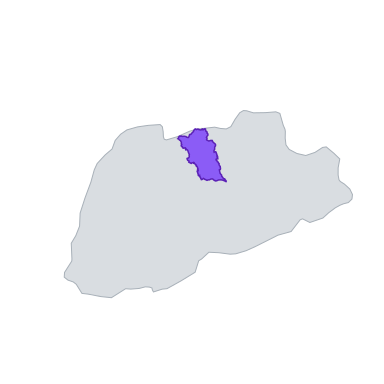 Chhoekhor, Bumthang, Bhutan shown in context, rotated 339°
{"feature_id": "84629894B98599067496491", "entity_name": "Chhoekhor", "entity_type": "district", "adm_level": 2, "iso_a3": "BTN", "parent_name": "Bhutan", "parent_adm1": "Bumthang", "projection": "mercator", "projection_center": [90.666, 27.781], "detail": "fine", "context": "in_parent", "style": "filled", "palette": "violet", "viewbox_px": 384, "rotation_deg": 339, "n_neighbors": 0, "source": "geoboundaries", "source_scale": "gbopen_adm2", "svg_char_len": 6876}
<svg xmlns="http://www.w3.org/2000/svg" viewBox="0 0 384 384"><g transform="rotate(339 192 192)"><path d="M301.3,166.7L300.8,169.0L298.3,175.1L296.6,181.7L298.0,187.1L303.7,193.6L311.3,198.7L321.0,199.1L329.9,197.2L333.5,198.0L338.3,206.6L341.8,214.1L337.1,221.8L334.5,228.5L333.6,233.3L334.2,235.3L337.1,239.2L340.4,245.8L340.9,251.9L338.8,255.9L334.2,257.9L329.3,257.3L325.2,257.4L320.2,258.1L312.3,260.3L304.9,263.2L291.1,262.7L285.6,256.7L283.0,256.7L270.4,264.4L256.7,263.1L231.8,265.6L221.4,266.2L210.7,265.4L205.3,263.7L195.3,258.3L186.2,254.3L176.9,258.0L173.6,258.6L166.2,268.0L150.1,271.0L134.0,273.3L129.3,272.0L120.2,271.5L119.9,269.3L120.2,267.2L118.1,265.5L114.4,263.8L108.1,263.1L100.0,260.7L95.4,258.5L78.9,261.8L69.3,256.9L58.4,250.1L52.9,247.2L50.9,236.7L48.9,233.4L44.6,229.8L42.2,225.7L44.2,221.4L55.0,213.4L55.9,211.5L60.9,196.6L67.9,191.1L74.8,183.6L80.0,171.6L90.0,159.2L101.1,146.6L108.7,136.3L113.7,131.4L124.1,126.3L132.8,123.2L138.8,116.3L146.0,112.5L153.5,110.7L164.5,111.7L175.0,114.1L186.4,117.6L187.7,120.4L186.7,125.3L185.1,130.2L185.0,132.8L186.8,134.2L197.9,135.1L211.6,134.4L219.3,135.1L236.4,139.6L241.4,142.9L246.6,145.4L251.7,144.9L258.2,139.6L265.0,135.1L269.2,134.4L272.2,135.8L277.7,140.1L288.9,144.2L299.0,147.2L302.2,150.1L301.1,162.5L301.3,166.7Z" fill="#d9dde1" stroke="#a8b0b8" stroke-width="1"/><path d="M197.9,137.2L198.0,137.3L198.4,137.6L198.6,137.9L198.6,138.2L198.9,138.9L199.2,139.4L199.5,139.7L199.7,139.9L199.7,140.6L199.8,141.4L199.9,141.7L199.4,143.0L199.2,143.2L199.2,143.5L199.4,143.8L199.2,143.9L199.1,144.2L198.4,145.0L198.5,145.3L199.1,146.0L199.1,146.3L199.0,146.7L199.3,147.0L199.2,147.5L199.5,147.7L199.6,148.0L200.1,148.1L200.5,148.1L200.9,148.3L201.2,148.3L201.3,148.3L201.5,148.3L201.7,148.6L201.9,149.3L201.3,149.6L201.3,150.3L201.3,150.5L202.2,150.6L202.5,150.8L202.8,151.1L202.9,151.5L202.9,152.5L202.8,154.0L202.9,155.0L202.9,155.4L203.0,156.0L202.6,156.4L202.4,156.9L202.3,157.6L202.1,158.1L201.5,158.6L201.0,158.9L200.6,158.9L199.5,158.9L199.5,159.0L199.4,159.1L199.4,159.3L199.3,159.7L199.2,160.0L199.3,160.5L199.4,160.8L199.4,161.0L199.9,161.5L200.2,161.8L200.3,162.0L200.1,162.5L199.7,163.0L200.2,163.7L200.4,163.8L200.7,164.0L201.1,164.5L201.3,164.9L201.6,165.1L201.8,165.0L202.2,164.8L202.6,164.8L203.3,165.0L204.0,164.9L204.5,165.3L204.5,165.5L204.2,165.6L204.0,165.9L204.2,166.0L204.4,166.3L204.7,166.7L204.9,166.9L205.2,167.4L205.1,167.6L205.1,167.9L205.5,168.2L205.5,168.5L205.7,168.8L205.5,169.1L205.3,169.2L205.3,169.5L205.5,169.9L205.8,170.1L206.0,170.8L205.9,171.3L205.9,171.7L206.0,172.1L205.8,172.2L205.6,172.3L205.3,172.8L205.4,173.2L205.7,173.4L205.7,173.5L205.6,174.1L205.3,174.3L205.0,174.2L204.9,174.1L204.6,174.1L204.5,174.3L204.3,174.5L204.2,174.6L204.2,175.1L204.4,175.3L204.2,175.5L204.3,176.1L204.3,176.3L204.3,176.6L204.0,177.0L204.0,177.3L204.3,177.8L204.0,178.4L203.8,178.8L203.9,179.1L204.1,179.2L204.6,179.1L205.1,179.2L204.8,179.9L204.7,180.1L204.8,180.4L205.0,180.6L204.9,180.8L204.8,181.0L204.9,181.3L205.0,181.4L205.0,181.7L205.1,181.8L205.0,182.6L205.0,182.8L205.2,183.2L205.2,183.5L205.2,183.8L205.3,183.8L205.6,183.7L205.8,183.6L206.1,183.9L206.4,183.8L206.6,183.8L206.9,183.6L207.2,183.6L207.5,183.4L207.6,183.5L207.9,183.9L208.2,184.3L208.4,184.8L208.7,184.9L208.9,185.1L209.0,185.2L209.2,185.5L209.4,185.6L209.6,185.8L209.7,186.0L210.0,186.1L210.0,186.3L210.2,186.5L211.4,186.5L211.6,186.5L212.0,186.6L212.3,186.8L212.6,186.9L213.1,186.8L213.3,186.8L213.7,186.7L214.2,186.7L214.4,186.8L214.9,186.8L215.2,186.9L215.3,187.0L215.9,187.2L216.2,187.6L216.3,188.0L216.5,188.2L216.7,188.7L216.9,189.1L217.5,189.4L217.7,189.8L217.7,190.0L217.9,190.1L219.2,190.4L220.3,190.3L221.2,190.3L221.4,190.3L222.5,190.8L223.1,190.9L223.3,191.0L223.6,191.1L224.0,191.4L224.2,191.5L224.6,191.8L225.0,191.9L225.2,192.1L225.7,192.7L226.0,192.7L226.1,192.8L226.3,193.2L226.8,193.5L226.9,194.0L227.0,194.1L227.5,194.5L227.8,194.2L227.7,194.0L227.8,193.5L227.5,193.0L227.5,192.8L227.3,192.6L227.3,192.2L227.1,191.7L227.2,191.4L226.4,190.9L226.1,190.4L226.0,189.7L225.9,189.5L225.9,189.3L225.6,188.4L225.4,188.2L225.5,187.4L225.6,187.2L225.7,186.7L225.1,185.4L225.1,185.2L225.1,184.8L224.9,184.6L224.9,184.4L225.0,184.1L225.1,183.6L225.1,183.4L225.1,183.1L225.4,181.9L225.4,181.5L225.4,181.2L225.5,181.0L226.2,181.0L226.5,181.1L226.7,180.9L227.1,180.1L227.2,179.7L227.2,179.4L227.2,179.2L227.4,178.6L227.5,178.3L227.5,178.1L227.3,177.7L227.2,177.4L227.0,176.1L227.2,175.8L227.5,175.4L227.5,175.2L227.1,174.6L227.1,174.3L227.2,173.9L227.2,173.6L226.9,173.3L226.8,173.0L226.5,172.8L226.5,172.5L226.5,171.8L226.5,171.6L226.1,171.2L226.0,170.9L226.2,170.1L226.4,170.1L226.8,169.9L228.0,170.3L228.1,170.1L228.1,169.9L228.1,169.7L228.1,169.3L228.2,169.2L228.3,169.1L228.3,168.9L228.5,168.6L228.3,168.5L227.9,168.3L227.9,168.2L228.0,168.0L228.1,167.8L228.2,167.6L228.6,167.3L228.6,167.0L228.4,166.5L228.4,166.2L228.7,165.8L228.7,165.4L228.6,164.6L228.7,163.9L228.6,163.0L228.2,162.8L226.9,162.8L227.0,162.2L227.4,161.1L227.9,160.7L228.2,160.6L228.5,160.1L229.1,158.6L229.2,158.3L229.6,157.9L230.4,157.4L230.4,157.1L230.5,157.0L230.9,156.6L230.9,156.3L230.9,155.5L230.4,154.8L230.0,153.8L229.6,153.2L229.5,152.7L229.3,152.2L229.2,152.0L229.3,151.8L229.4,151.6L229.4,151.4L229.4,151.2L228.9,151.1L228.5,150.7L228.3,150.6L228.0,150.7L227.4,150.5L226.5,150.5L226.2,150.5L225.8,150.3L225.2,149.6L224.6,148.9L224.3,148.6L224.3,148.4L225.2,147.4L225.3,147.2L225.3,146.8L225.1,146.5L225.0,146.3L225.1,146.2L225.6,145.7L225.8,145.4L226.1,145.3L226.6,145.0L227.0,144.9L227.4,144.1L227.6,143.8L227.6,143.6L227.6,143.3L227.4,142.8L227.2,142.6L227.1,142.4L227.2,142.2L227.3,142.0L227.5,141.7L227.5,141.1L227.4,140.8L226.9,140.5L226.8,140.3L226.8,140.0L226.8,139.8L226.9,139.5L226.9,139.3L226.9,138.7L227.0,138.4L227.2,138.1L227.1,137.9L226.0,137.4L225.8,137.6L225.8,137.8L225.6,137.9L225.2,138.0L224.9,137.9L224.7,137.7L224.5,137.3L224.3,137.0L224.1,137.4L224.0,137.5L223.8,137.6L223.6,137.5L223.4,137.1L223.2,137.1L222.5,137.2L222.1,137.0L221.9,137.0L221.4,136.6L221.3,136.4L220.5,136.0L220.2,135.6L220.2,135.4L219.4,135.2L219.1,135.3L218.7,135.3L218.7,135.2L218.3,135.2L217.9,134.7L217.9,134.4L217.7,134.3L217.3,134.3L216.9,134.5L216.5,134.7L216.0,135.0L215.6,135.4L215.4,135.5L215.0,136.2L214.8,136.3L214.4,136.3L214.0,136.4L213.7,136.6L213.0,136.9L212.3,137.5L211.9,137.5L211.4,137.8L211.1,137.6L210.6,137.6L210.3,137.5L210.2,137.6L210.1,137.9L209.8,138.2L208.9,139.3L208.6,139.5L208.2,139.8L208.0,139.7L207.9,139.6L207.6,139.6L207.4,139.5L206.9,139.0L206.6,138.9L206.3,138.1L205.9,137.9L205.2,137.4L204.3,137.0L204.1,137.0L203.2,136.7L202.8,136.6L202.6,136.3L202.3,136.1L202.1,135.9L201.9,136.0L201.4,135.7L201.2,135.8L200.9,135.5L200.6,135.4L200.3,135.5L200.1,135.6L199.4,135.8L199.1,136.1L198.8,136.5L198.4,137.0L198.2,137.1L197.9,137.2Z" fill="#8b5cf6" stroke="#5b21b6" stroke-width="1.5"/></g></svg>